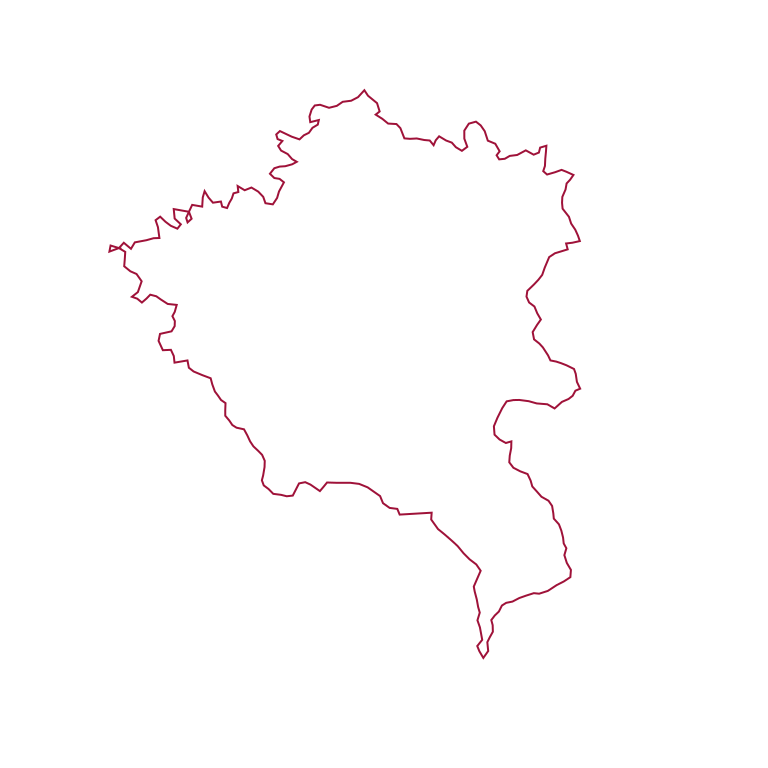 Tatuí, São Paulo, Brazil (Mercator projection), rotated 256°
{"feature_id": "56859067B62823309489019", "entity_name": "Tatuí", "entity_type": "district", "adm_level": 2, "iso_a3": "BRA", "parent_name": "Brazil", "parent_adm1": "São Paulo", "projection": "mercator", "projection_center": [-47.867, -23.355], "detail": "fine", "context": "isolated", "style": "outline", "palette": "rose", "viewbox_px": 768, "rotation_deg": 256, "n_neighbors": 0, "source": "geoboundaries", "source_scale": "gbopen_adm2", "svg_char_len": 4138}
<svg xmlns="http://www.w3.org/2000/svg" viewBox="0 0 768 768"><g transform="rotate(256 384 384)"><path d="M598.3,236.4L604.6,222.3L595.2,220.9L588.1,225.5L584.7,221.1L589.1,215.4L594.3,211.2L600.5,207.3L598.2,202.0L590.9,202.6L580.0,201.4L581.2,195.7L581.0,188.2L581.7,176.5L576.4,171.2L584.0,165.7L580.0,159.7L574.8,164.9L567.3,162.5L561.1,160.4L554.7,165.2L550.6,170.5L542.3,173.7L532.7,167.4L529.6,160.5L526.5,165.2L521.6,168.8L524.4,174.3L527.2,178.8L524.2,184.3L520.1,187.8L514.0,193.5L510.9,202.0L504.6,198.4L501.0,195.1L495.7,196.3L490.8,194.9L486.5,190.6L486.8,178.8L480.4,175.7L470.3,177.6L468.7,185.5L462.0,186.8L455.4,185.9L454.4,199.0L447.0,198.6L442.2,202.3L436.6,209.8L431.5,217.2L425.2,217.3L417.6,218.1L413.2,220.0L407.9,222.0L403.8,225.6L396.9,223.6L391.6,222.3L386.1,225.0L380.9,226.9L377.3,230.3L373.9,237.2L367.4,238.9L360.7,240.2L355.1,242.2L349.5,245.8L344.7,248.6L338.3,249.7L332.3,248.0L324.5,244.6L320.1,242.2L314.7,242.8L310.0,246.6L304.2,250.0L301.4,257.2L298.6,262.5L297.8,268.5L308.1,277.5L307.8,283.8L304.2,288.3L295.6,295.9L298.9,300.5L302.2,304.9L299.8,313.4L298.0,320.5L296.3,327.4L293.1,335.7L287.7,343.1L276.2,353.1L268.6,354.2L262.4,359.5L259.6,366.7L253.5,367.6L247.6,399.1L241.1,397.0L230.2,401.3L223.4,406.4L217.4,410.6L213.0,413.6L208.8,416.3L200.6,420.2L193.2,424.6L186.6,429.9L179.4,432.6L171.6,426.6L165.7,422.1L160.6,421.8L152.5,421.9L144.9,421.4L139.0,421.6L132.1,417.5L124.7,418.2L112.0,417.4L107.2,411.1L101.6,411.9L94.2,414.1L99.7,420.5L108.5,421.8L112.5,425.2L117.3,429.7L123.7,431.1L129.0,431.0L132.6,435.5L135.4,440.4L140.5,444.8L142.1,449.6L141.8,456.0L143.6,463.5L144.3,470.8L144.8,478.8L143.0,483.8L143.6,492.9L147.1,502.9L148.9,510.7L151.5,518.1L158.4,520.4L166.2,518.1L174.3,517.6L180.5,521.2L185.8,519.8L191.7,520.6L198.8,520.6L205.5,519.8L212.3,516.2L217.6,517.0L225.0,517.6L230.9,515.4L236.5,509.5L242.9,506.2L248.7,503.1L254.8,502.9L261.9,501.5L266.3,495.1L271.4,489.3L277.7,486.6L284.1,488.7L291.0,491.9L297.5,493.7L297.3,487.9L302.2,482.7L308.1,479.0L316.4,480.4L323.8,485.9L332.0,492.9L337.5,498.8L337.1,505.7L335.8,511.4L332.3,520.3L328.2,527.5L324.8,537.6L319.0,543.6L323.6,552.3L324.8,559.4L326.9,564.2L331.2,568.1L332.0,573.2L339.4,571.7L347.5,572.5L352.6,572.0L358.0,565.6L361.4,560.8L364.1,556.5L366.6,551.2L372.1,550.1L381.1,547.0L385.7,544.5L391.0,540.4L398.4,540.8L404.3,546.8L408.6,551.8L415.5,549.8L422.8,548.7L428.0,544.5L434.3,543.4L439.7,545.6L444.3,553.6L447.7,558.9L451.6,563.9L458.0,568.1L467.2,575.0L469.5,581.5L469.8,587.6L470.2,594.8L476.3,594.7L475.5,600.9L475.3,608.6L481.0,608.1L487.5,606.9L494.4,604.4L501.5,603.9L510.9,599.7L516.8,600.6L522.4,602.3L528.8,607.2L534.4,609.7L537.1,613.9L541.0,618.4L545.9,612.2L548.8,608.1L548.1,601.1L547.8,592.9L552.0,590.0L556.6,592.9L563.6,595.0L570.1,597.3L575.9,599.2L575.6,592.7L571.1,590.3L570.3,584.7L576.4,578.1L574.0,568.6L574.9,561.2L573.3,555.7L574.1,550.1L578.7,548.6L581.8,552.5L590.2,550.1L595.0,543.6L604.9,542.9L611.5,540.4L616.3,536.7L616.1,529.3L610.4,523.2L602.6,521.3L594.0,522.2L591.4,516.0L596.4,511.0L601.8,508.2L605.2,503.2L611.0,497.4L608.0,493.2L603.7,489.9L609.2,487.3L611.0,482.1L614.3,475.2L615.6,468.5L617.4,463.2L628.3,461.8L633.2,459.0L635.7,451.0L641.6,446.6L647.4,441.1L649.5,445.7L658.2,445.2L663.7,441.1L667.6,438.2L673.8,436.0L668.6,428.2L666.8,420.7L667.8,412.2L665.3,405.5L665.3,397.5L670.4,389.5L671.0,384.2L667.8,380.2L661.6,376.4L655.9,375.8L655.9,384.6L651.7,382.5L649.9,376.6L645.9,371.9L644.7,366.4L641.8,361.2L646.3,354.3L654.6,344.2L652.2,339.8L647.4,340.0L644.4,344.2L640.6,338.9L635.4,340.6L630.4,346.2L624.5,349.2L620.7,353.1L619.4,348.1L619.2,340.9L620.2,335.4L619.9,329.8L615.6,324.2L610.4,327.4L608.3,332.3L603.9,335.7L596.2,328.7L590.4,325.3L585.2,319.6L588.1,312.7L594.8,312.1L601.1,308.5L606.7,302.9L605.7,295.7L611.5,289.9L605.5,289.1L605.4,284.1L600.8,281.2L597.2,277.7L592.7,274.3L595.2,269.9L600.5,269.9L601.3,261.9L607.2,258.9L614.5,256.6L608.9,253.3L600.1,250.5L604.2,241.2L598.3,236.4ZM598.3,236.4L590.9,237.3L588.3,232.5L593.0,232.2L598.3,236.4ZM580.0,159.7L584.5,152.2L578.9,149.6L580.0,159.7Z" fill="none" stroke="#9f1239" stroke-width="2"/></g></svg>